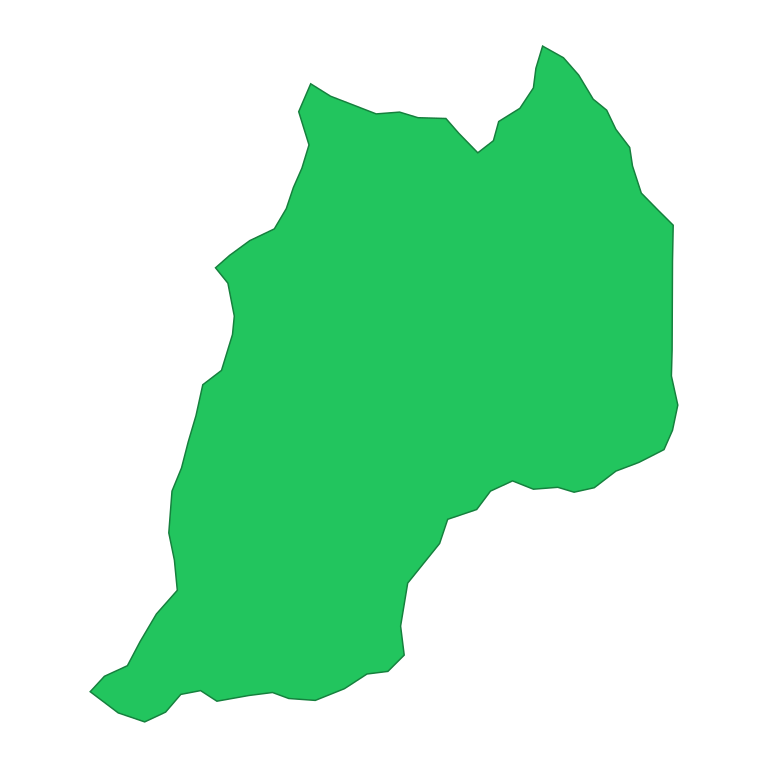 the district of Aspásia, São Paulo, Brazil
{"feature_id": "56859067B95994041301511", "entity_name": "Aspásia", "entity_type": "district", "adm_level": 2, "iso_a3": "BRA", "parent_name": "Brazil", "parent_adm1": "São Paulo", "projection": "mercator", "projection_center": [-50.73, -20.184], "detail": "fine", "context": "isolated", "style": "filled", "palette": "green", "viewbox_px": 768, "rotation_deg": 0, "n_neighbors": 0, "source": "geoboundaries", "source_scale": "gbopen_adm2", "svg_char_len": 1131}
<svg xmlns="http://www.w3.org/2000/svg" viewBox="0 0 768 768"><path d="M664.0,449.6L672.5,430.3L677.8,405.1L671.4,376.0L672.1,350.0L672.5,261.0L673.2,225.2L657.6,209.7L641.3,193.1L632.5,166.0L629.7,147.5L615.9,129.4L606.7,110.2L593.2,99.2L578.7,75.1L563.5,57.8L542.6,46.1L535.9,68.3L533.4,87.9L519.9,108.3L498.7,121.5L493.4,140.7L477.8,152.8L458.7,133.2L445.9,118.5L418.0,117.7L399.6,112.1L376.2,113.9L330.5,96.2L310.7,83.8L298.7,111.7L309.0,144.9L301.9,168.2L293.4,187.5L286.3,208.6L274.3,228.9L249.8,240.6L229.7,255.3L215.5,267.8L227.9,283.2L234.3,316.1L232.5,334.5L221.5,370.4L202.8,384.7L196.0,415.6L188.2,442.0L181.5,468.0L172.0,491.1L168.8,532.9L174.4,560.1L177.3,590.3L156.4,614.0L140.1,641.6L127.4,665.7L104.4,676.3L90.2,691.7L118.2,712.9L144.7,721.9L165.6,712.1L180.8,694.4L200.6,690.6L216.9,701.2L248.8,695.5L272.5,692.5L288.8,698.5L315.3,700.4L344.4,688.7L367.0,674.0L387.9,671.4L404.2,655.1L400.6,626.1L407.7,583.1L439.6,543.5L447.7,519.3L476.7,509.5L490.5,491.1L512.5,480.9L533.4,489.2L557.8,487.3L574.1,492.2L594.3,487.7L615.9,471.1L638.9,462.4L664.0,449.6Z" fill="#22c55e" stroke="#15803d" stroke-width="1.5"/></svg>